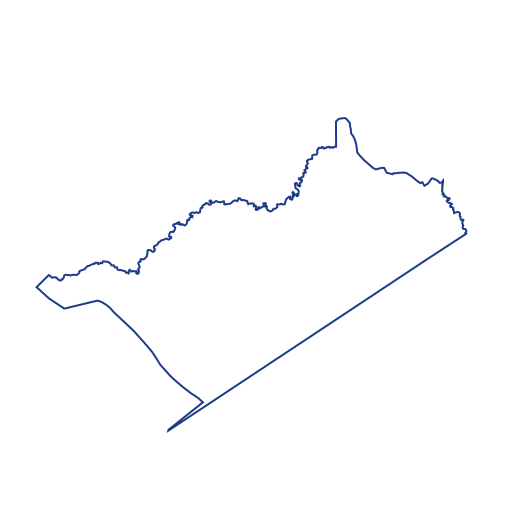 the district of 25 de Mayo, San Juan, Argentina, rotated 135°
{"feature_id": "61730980B22681975457322", "entity_name": "25 de Mayo", "entity_type": "district", "adm_level": 2, "iso_a3": "ARG", "parent_name": "Argentina", "parent_adm1": "San Juan", "projection": "natural_earth1", "projection_center": [-67.911, -32.038], "detail": "fine", "context": "isolated", "style": "outline", "palette": "blue", "viewbox_px": 512, "rotation_deg": 135, "n_neighbors": 0, "source": "geoboundaries", "source_scale": "gbopen_adm2", "svg_char_len": 6080}
<svg xmlns="http://www.w3.org/2000/svg" viewBox="0 0 512 512"><g transform="rotate(135 256 256)"><path d="M416.1,389.1L433.2,389.1L432.4,372.6L428.8,354.4L399.6,336.5L397.8,333.1L396.5,327.8L395.9,323.0L396.3,317.0L395.4,289.6L396.4,272.1L397.3,261.5L398.9,253.7L400.6,246.8L401.4,231.8L401.2,225.5L400.4,215.5L399.1,205.2L397.3,196.4L397.0,190.1L440.6,195.0L441.5,194.5L137.2,132.7L90.7,122.9L91.9,123.6L91.8,124.3L89.9,124.6L88.9,126.3L89.1,127.2L90.3,128.7L90.1,129.6L89.7,130.2L88.7,130.5L87.7,131.5L86.8,133.5L86.3,134.1L84.5,134.5L83.8,134.9L84.0,135.5L85.1,135.8L85.3,136.3L85.3,137.2L84.9,138.0L83.6,139.2L83.7,140.2L83.5,140.5L81.7,141.8L81.6,143.1L82.2,144.6L85.6,146.3L84.4,147.8L83.9,149.6L83.1,149.7L82.6,150.1L82.8,152.1L83.8,153.0L83.6,153.8L82.9,154.4L80.9,154.1L80.6,154.4L81.0,155.6L82.0,156.9L82.4,159.0L82.3,159.9L81.6,160.4L80.8,160.1L80.2,159.4L79.4,160.5L79.1,159.9L78.5,159.6L78.3,160.1L79.4,161.3L79.8,163.0L79.7,163.6L80.4,164.3L80.9,165.4L79.9,165.8L80.3,167.3L79.5,167.0L78.8,170.1L77.1,171.3L76.0,172.8L74.9,173.2L74.2,174.5L73.2,174.6L72.5,175.4L71.4,176.0L70.5,177.0L73.0,176.6L74.5,178.1L74.2,180.4L75.9,185.6L77.0,186.6L83.4,185.6L87.3,186.6L86.2,190.5L88.3,191.4L89.1,196.1L89.5,201.5L90.9,208.3L92.9,210.9L96.5,214.1L98.0,215.1L100.3,217.3L101.5,217.1L104.7,222.5L103.1,227.6L104.7,229.4L110.0,232.5L111.0,235.6L111.8,246.7L111.6,253.9L111.2,257.5L106.0,264.4L103.4,269.3L102.5,272.4L102.2,274.9L100.9,276.9L99.2,278.7L98.1,280.7L95.6,283.8L95.1,289.2L95.9,291.0L99.7,293.9L100.9,294.5L104.4,294.5L122.1,276.6L122.5,276.8L122.7,277.4L123.5,277.9L124.8,277.9L125.5,279.4L126.0,279.4L126.8,279.9L127.0,280.3L126.7,280.8L127.1,281.2L127.1,281.6L127.9,281.8L129.2,283.1L130.5,282.9L131.3,283.8L131.8,283.9L131.5,284.9L132.1,286.2L132.4,286.5L133.2,286.0L135.1,288.1L135.9,288.1L136.7,287.4L137.9,287.6L139.0,286.5L139.5,285.6L141.6,284.9L142.9,286.4L144.9,287.3L145.8,286.8L147.6,285.0L150.7,287.0L151.7,287.3L152.8,287.2L153.4,286.3L153.5,285.1L154.0,284.8L157.2,284.2L157.6,283.6L157.1,282.6L157.3,281.9L157.7,281.6L158.2,281.9L158.4,282.4L160.1,282.2L161.0,282.5L161.4,282.1L161.4,280.1L161.8,279.8L163.6,281.1L164.1,281.1L164.6,280.1L166.5,278.7L167.7,279.3L169.5,279.5L170.4,280.5L170.9,280.6L171.3,279.9L171.0,278.5L169.9,278.2L169.7,277.7L169.7,277.1L171.7,276.1L173.4,276.6L174.5,275.8L174.9,274.5L175.6,274.2L176.2,274.8L176.5,276.6L175.7,278.4L175.9,279.2L176.8,279.7L177.6,279.3L180.0,276.0L179.9,274.8L179.6,274.0L179.7,272.0L181.6,270.1L183.5,269.1L184.3,269.0L184.8,269.5L184.6,269.9L183.1,270.0L182.9,270.4L183.1,270.8L184.6,271.3L185.0,271.7L185.1,272.1L184.5,274.4L184.7,275.2L185.4,275.1L186.3,273.1L186.7,272.8L186.9,271.5L187.4,271.5L187.6,272.1L190.0,270.6L190.4,271.3L191.0,270.8L191.6,272.2L191.1,272.9L189.7,273.7L190.1,274.1L191.2,274.6L194.0,274.8L195.8,274.2L199.2,272.3L200.5,273.4L201.3,275.2L202.5,275.5L204.1,277.3L204.6,277.5L205.2,277.3L206.2,275.5L208.9,275.7L209.7,276.5L211.0,277.0L211.9,276.5L214.2,277.2L214.6,277.7L214.9,279.2L215.4,279.9L214.9,282.0L214.5,282.6L213.4,283.2L213.2,283.8L214.4,284.1L214.4,284.8L213.7,285.7L212.0,286.0L211.9,286.7L213.6,288.0L214.2,287.0L215.5,285.7L216.4,286.2L219.1,286.8L219.1,287.8L219.4,288.6L220.1,288.7L220.8,287.6L221.4,287.4L223.3,288.3L223.5,288.7L223.2,289.3L222.2,289.4L222.1,289.9L220.8,291.0L220.7,291.9L222.4,292.6L222.2,293.1L220.9,294.1L220.6,294.6L222.0,296.4L224.1,298.0L224.8,298.1L224.4,299.5L223.4,300.9L225.1,304.3L226.8,305.8L226.6,308.2L226.8,308.6L227.8,309.2L228.6,308.4L230.5,308.0L231.1,309.7L232.2,310.6L233.2,310.9L234.9,310.9L237.2,311.2L241.7,314.6L241.8,315.2L241.1,315.7L240.1,317.5L242.4,318.6L243.4,319.4L244.6,321.2L245.3,323.0L246.1,323.4L246.9,323.5L247.6,323.3L249.4,324.6L248.9,326.0L248.8,327.3L249.3,327.7L250.0,327.7L250.2,325.9L250.7,325.1L251.4,324.5L252.6,324.9L252.9,325.9L252.8,327.3L253.6,327.8L253.9,328.7L254.9,328.9L255.6,328.6L258.2,329.5L259.0,329.0L259.6,328.1L260.0,328.2L260.4,328.8L261.2,329.0L264.9,326.5L265.7,327.1L266.3,327.1L266.7,327.6L267.3,329.2L268.9,329.7L269.7,331.3L270.4,331.9L272.0,332.4L273.4,332.3L273.7,331.7L273.6,330.9L272.9,330.6L272.4,329.3L273.6,328.5L274.2,329.5L276.3,329.9L276.9,329.5L277.3,329.0L278.0,328.8L278.6,329.1L278.8,329.7L279.2,330.0L282.1,327.8L284.2,327.8L284.9,328.1L285.6,330.5L286.8,330.9L287.1,331.4L286.6,332.1L286.8,332.8L287.1,333.0L287.9,332.8L288.3,333.3L288.3,334.0L287.0,334.0L286.7,334.4L287.8,334.9L290.0,335.4L291.2,336.3L292.3,336.5L292.8,336.4L293.1,335.9L293.0,333.3L293.9,332.5L296.4,331.5L297.1,331.5L297.8,331.6L298.0,332.3L299.4,333.4L300.7,333.3L303.3,331.7L303.6,330.9L302.7,329.8L302.6,329.3L302.9,328.9L303.6,328.8L304.2,329.2L305.4,329.0L306.4,329.7L306.6,331.1L307.6,331.9L310.2,333.0L311.8,334.0L314.6,334.2L315.4,334.6L317.4,333.8L321.4,334.9L322.4,333.9L322.7,333.3L322.6,332.3L322.9,332.0L324.1,331.5L325.5,331.4L326.1,332.0L326.3,332.8L326.3,334.3L327.0,334.8L327.5,336.2L328.0,336.5L328.8,336.6L331.2,334.4L333.5,333.0L336.9,332.8L338.7,333.8L339.4,335.2L339.8,335.3L340.3,335.1L341.4,333.8L342.1,333.9L342.7,334.4L343.9,334.2L344.6,333.9L345.8,330.7L346.6,330.2L348.6,330.2L348.9,328.9L350.2,327.4L351.9,326.9L352.6,327.3L352.8,328.5L351.8,328.9L351.3,329.5L351.3,330.0L352.8,330.9L353.6,332.6L354.7,332.8L355.2,333.1L355.0,335.6L355.8,335.6L357.2,334.9L357.8,334.0L358.5,333.8L358.9,335.5L359.8,336.3L359.3,337.3L359.2,338.0L360.7,339.8L361.2,341.4L363.1,343.1L363.4,344.3L362.4,346.3L363.0,346.5L363.8,347.6L363.9,348.2L363.1,349.3L363.4,350.3L364.5,351.0L364.7,352.1L364.4,352.9L364.3,354.9L364.8,355.6L364.9,356.6L367.9,360.4L369.9,359.7L370.7,361.0L372.1,361.2L373.3,361.9L372.6,363.0L373.6,363.9L374.0,364.6L375.8,364.8L376.4,365.6L377.0,365.5L379.0,366.6L380.6,366.9L382.6,368.1L386.7,367.9L391.3,370.1L392.1,369.9L392.7,369.1L396.0,369.2L398.5,372.0L401.2,373.6L401.6,374.7L404.3,377.6L405.6,377.8L406.9,376.8L408.6,376.4L409.3,376.5L409.8,376.9L410.2,376.5L411.0,376.6L411.9,377.1L412.5,379.1L412.4,381.3L412.7,381.8L412.5,382.1L413.3,383.3L415.7,385.1L415.6,386.9L416.1,389.1Z" fill="none" stroke="#1e3a8a" stroke-width="2"/></g></svg>